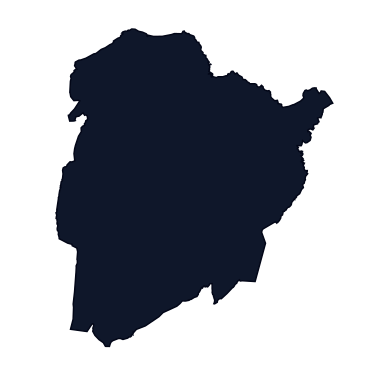 the district of Skaun nor, Sør-Trøndelag, Norway, rotated 4°
{"feature_id": "86288312B11498019904431", "entity_name": "Skaun nor", "entity_type": "district", "adm_level": 2, "iso_a3": "NOR", "parent_name": "Norway", "parent_adm1": "Sør-Trøndelag", "projection": "albers", "projection_center": [10.037, 63.259], "detail": "fine", "context": "isolated", "style": "filled", "palette": "ink", "viewbox_px": 384, "rotation_deg": 4, "n_neighbors": 0, "source": "geoboundaries", "source_scale": "gbopen_adm2", "svg_char_len": 5832}
<svg xmlns="http://www.w3.org/2000/svg" viewBox="0 0 384 384"><g transform="rotate(4 192 192)"><path d="M80.4,337.4L97.0,338.5L100.8,331.8L101.9,330.4L102.8,330.5L103.2,331.2L103.2,332.6L102.6,334.7L103.0,336.2L102.7,337.8L105.2,341.8L109.6,345.8L114.1,348.5L116.4,352.0L120.4,351.8L121.0,349.1L121.6,347.5L123.2,345.9L128.7,343.3L130.7,343.1L133.4,343.9L138.1,342.2L139.1,341.1L140.7,340.8L141.6,339.9L141.6,338.7L142.0,338.3L142.9,338.6L142.8,338.2L143.1,337.5L143.2,336.0L143.5,336.3L146.1,332.9L154.8,328.8L167.7,318.7L171.5,314.3L184.8,307.0L187.8,304.1L189.9,301.3L193.1,301.2L196.4,300.3L196.2,299.9L198.7,299.1L201.6,297.0L204.2,295.9L205.4,293.7L205.5,291.8L206.3,291.3L208.2,286.7L209.1,287.1L210.1,285.1L211.2,285.0L211.7,285.8L213.1,284.9L213.7,285.6L214.3,285.5L215.7,283.6L215.6,283.3L216.2,282.3L218.5,282.0L218.8,287.0L219.2,289.3L219.1,290.7L219.9,293.0L220.8,293.5L220.8,295.0L221.5,296.1L221.5,297.0L222.2,297.4L222.1,300.3L221.6,301.9L222.4,302.0L224.9,300.2L225.0,298.6L225.9,297.3L227.2,296.4L228.7,296.4L234.0,290.8L238.9,284.8L239.8,284.2L240.8,282.7L241.3,281.3L243.0,279.8L243.5,278.1L245.4,276.3L246.3,277.4L248.4,277.0L261.2,276.9L268.9,238.0L264.3,227.5L264.5,225.4L265.5,223.8L276.5,216.3L277.5,216.1L278.7,217.1L279.0,216.5L279.6,216.4L281.1,214.4L282.3,211.9L282.4,209.8L283.9,208.5L284.3,205.2L285.6,204.8L286.5,203.5L287.1,203.4L287.7,201.9L288.7,200.7L290.2,200.1L291.5,198.5L292.0,197.6L291.7,196.8L292.2,196.1L292.1,195.5L293.8,193.0L294.0,192.2L295.0,192.4L295.0,191.1L295.8,190.8L296.6,189.6L296.3,188.9L299.5,186.2L301.2,181.7L302.7,180.0L302.8,179.7L301.7,176.9L303.3,175.4L303.6,173.1L304.3,171.9L303.9,170.7L304.2,168.4L306.1,165.7L305.1,164.8L305.5,163.4L305.5,162.6L303.3,162.8L301.9,160.6L302.3,160.1L302.2,159.4L301.3,158.4L301.2,157.6L301.9,155.9L300.7,156.2L300.5,155.8L301.3,155.1L299.1,154.3L300.5,153.5L301.2,152.6L300.4,151.9L300.1,152.3L298.9,152.2L298.8,151.8L299.0,151.5L300.3,150.9L298.0,148.5L299.4,147.8L299.9,146.9L299.8,146.0L298.0,145.8L298.2,145.0L299.4,144.4L299.4,143.8L298.0,143.5L296.8,144.3L295.7,144.1L295.6,143.0L294.0,141.6L295.0,140.3L294.1,139.5L293.6,138.4L297.7,138.2L298.3,136.9L298.7,133.1L301.7,135.1L303.3,134.7L306.2,132.3L306.9,129.1L305.8,126.9L306.6,125.7L306.0,125.5L306.4,124.9L304.5,123.4L303.3,123.7L303.1,122.4L304.6,121.1L305.9,120.8L308.2,121.6L309.3,119.8L308.1,119.6L308.6,118.4L308.7,116.5L312.5,115.2L312.8,113.8L313.8,113.1L312.1,109.6L314.2,108.7L315.4,109.0L316.5,105.4L316.4,104.5L317.0,103.2L317.1,99.8L322.5,96.1L323.3,95.0L326.2,93.6L322.6,88.3L317.3,82.4L313.8,82.2L313.2,83.7L311.9,84.9L308.7,80.5L308.6,79.6L306.8,79.6L304.8,80.1L302.8,81.8L300.4,82.9L298.8,82.3L297.6,82.9L296.1,86.0L296.0,88.2L296.8,89.5L296.7,90.8L293.9,93.8L287.9,97.5L288.9,97.9L286.9,97.8L282.5,99.9L276.6,101.3L275.4,100.1L275.4,98.8L275.0,98.2L271.6,97.8L271.7,97.0L270.8,94.6L268.1,95.2L264.7,92.6L264.1,91.8L263.7,90.6L263.8,89.6L263.2,87.8L263.3,86.9L261.8,85.5L260.0,85.9L257.4,85.2L255.8,83.4L255.6,82.1L253.9,80.7L253.3,81.3L253.4,81.8L252.4,82.4L250.7,82.7L249.5,81.9L248.9,80.3L247.2,79.6L242.1,80.0L241.3,79.0L239.3,78.2L238.9,77.4L237.2,76.2L235.0,76.2L233.8,73.8L230.3,72.2L228.5,70.1L226.7,71.2L224.5,68.7L223.5,68.8L222.7,69.2L222.5,69.9L221.4,71.5L220.6,71.8L219.9,71.5L219.4,72.2L219.5,73.1L218.7,73.8L218.0,73.6L214.7,74.9L210.0,75.2L208.3,76.2L204.9,75.5L203.5,76.0L202.7,74.9L202.7,73.1L199.5,73.1L202.7,72.4L203.2,73.1L203.4,75.3L204.3,75.3L204.4,73.1L204.2,72.6L200.4,70.5L201.0,68.8L200.5,68.1L200.9,67.3L201.0,66.1L200.7,64.8L200.0,64.2L201.6,63.2L202.5,63.9L201.6,63.1L200.1,63.7L199.2,61.8L200.6,61.0L199.7,61.2L197.6,58.0L196.5,57.3L196.3,55.1L195.9,55.3L195.5,54.6L193.3,53.9L193.2,52.1L191.0,50.2L190.8,49.3L191.1,46.9L190.7,46.6L190.8,46.0L188.6,43.4L188.4,42.3L186.6,42.2L185.0,39.8L183.9,38.9L183.7,38.2L183.8,37.6L182.8,36.3L178.8,35.2L177.8,34.2L175.2,34.3L174.9,33.6L174.0,33.5L173.0,32.0L171.8,32.4L171.1,34.2L170.1,34.9L163.4,35.2L160.5,36.4L151.5,38.8L142.7,39.5L136.2,38.5L136.3,39.5L137.0,39.6L137.4,40.1L136.1,39.5L136.1,38.2L135.4,37.4L131.5,36.0L127.5,35.4L123.9,33.6L120.5,33.6L117.9,35.4L117.1,35.0L116.7,35.4L116.9,35.6L116.1,36.2L114.1,36.2L111.9,37.1L110.9,38.4L111.9,38.6L112.1,39.2L110.3,40.6L109.9,41.4L110.1,41.8L109.4,42.9L107.4,43.7L103.5,46.6L103.1,47.0L103.4,47.5L103.4,48.0L101.9,49.7L99.8,50.8L95.5,54.1L91.5,56.1L86.6,60.5L84.4,61.1L76.9,65.9L71.7,68.1L70.1,68.3L66.6,70.5L66.4,71.0L67.0,72.4L66.4,72.6L66.6,72.9L66.1,73.6L66.1,74.3L68.5,77.4L67.7,77.5L65.9,79.1L65.9,79.7L66.5,80.2L63.3,83.3L63.0,84.2L62.8,85.2L63.5,87.1L63.0,90.0L63.2,101.2L63.6,102.2L64.4,105.4L67.8,109.1L72.2,108.5L73.7,109.0L69.0,117.4L65.4,121.8L64.5,123.6L63.3,124.1L63.5,125.0L65.1,129.8L69.2,129.4L70.5,128.9L70.3,128.7L70.3,127.5L71.0,125.0L74.0,124.2L77.8,120.6L79.5,122.9L80.1,122.5L81.9,123.0L82.9,126.1L82.4,126.8L82.5,127.1L82.4,127.7L81.1,128.3L80.9,129.3L81.0,129.8L80.0,131.4L80.3,131.7L80.0,132.3L80.2,133.1L78.3,134.0L76.9,135.8L77.4,139.5L74.9,144.3L72.5,153.6L71.9,157.1L71.6,162.0L72.9,169.1L70.1,170.4L68.2,170.4L65.5,173.7L65.3,174.8L64.6,175.6L63.2,175.9L61.8,177.0L61.4,179.4L62.1,182.9L61.9,187.6L61.4,189.0L61.9,189.8L60.8,190.9L60.6,194.4L60.2,195.2L60.7,196.0L60.3,196.7L60.6,196.9L60.4,197.1L60.4,198.1L59.9,199.7L59.5,204.2L59.6,205.4L59.1,206.8L59.2,208.1L58.4,218.5L58.7,218.4L58.9,219.4L58.5,219.9L58.7,220.1L58.2,221.9L57.8,222.2L58.7,224.6L58.4,226.1L58.3,227.9L59.6,228.9L59.3,229.5L59.7,231.2L59.8,231.9L59.5,232.1L59.6,233.2L60.2,233.1L60.1,233.7L60.5,235.2L60.1,237.3L60.1,238.5L60.5,239.9L61.1,240.1L61.8,242.3L61.5,243.3L62.6,246.4L62.8,247.9L71.6,251.7L76.1,252.6L76.2,253.9L81.0,255.9L82.1,259.6L82.0,267.3L82.4,268.3L82.6,271.0L81.6,273.8L81.8,275.3L81.9,280.2L81.8,300.1L81.3,312.1L81.9,315.4L82.3,327.1L80.4,337.4Z" fill="#0f172a" stroke="#020617" stroke-width="1.5"/></g></svg>